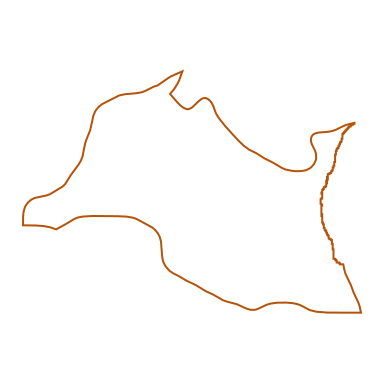 outline of Fundación, Barahona, Dominican Republic
{"feature_id": "3306468B48518895695140", "entity_name": "Fundación", "entity_type": "district", "adm_level": 2, "iso_a3": "DOM", "parent_name": "Dominican Republic", "parent_adm1": "Barahona", "projection": "robinson", "projection_center": [-71.129, 18.263], "detail": "fine", "context": "isolated", "style": "outline", "palette": "amber", "viewbox_px": 384, "rotation_deg": 0, "n_neighbors": 0, "source": "geoboundaries", "source_scale": "gbopen_adm2", "svg_char_len": 3483}
<svg xmlns="http://www.w3.org/2000/svg" viewBox="0 0 384 384"><path d="M56.1,229.4L65.6,224.2L74.0,219.1L77.9,217.5L82.5,216.6L91.9,216.0L117.3,216.2L126.4,216.6L133.0,217.7L136.9,219.1L152.3,227.5L155.3,230.1L157.8,233.2L159.7,236.8L161.0,241.5L162.1,255.9L162.9,260.6L163.7,262.8L165.6,266.4L169.6,270.9L172.9,273.1L179.9,276.7L186.5,280.7L195.6,285.0L205.6,291.1L213.0,294.5L223.1,300.3L227.0,301.6L236.8,304.2L247.0,308.8L250.7,309.8L254.6,309.8L256.5,309.4L259.8,308.0L266.5,304.8L270.6,303.6L277.3,302.7L286.4,302.6L293.1,303.2L297.4,304.1L301.3,305.6L309.8,310.1L316.3,311.7L327.9,312.6L361.0,312.7L359.6,306.2L358.2,302.2L353.8,293.0L350.8,284.9L345.5,273.9L344.3,269.7L343.3,264.3L340.0,264.3L340.0,263.4L339.2,263.4L339.2,262.5L336.7,262.5L336.7,260.6L335.9,260.6L335.9,259.7L335.1,259.7L335.1,258.8L333.5,258.8L333.5,249.4L332.7,249.4L332.7,243.9L331.9,243.9L331.9,240.1L331.1,240.1L331.1,239.2L329.4,239.2L329.4,238.3L328.6,238.3L328.6,235.5L327.8,235.5L327.8,234.6L327.0,234.6L327.0,232.7L326.2,232.7L326.2,230.8L325.4,230.8L325.4,229.9L324.6,229.9L324.6,228.0L323.8,228.0L323.8,224.3L323.0,224.3L323.0,222.5L322.2,222.5L322.2,216.0L321.4,216.0L321.4,215.0L322.2,215.0L322.2,214.1L321.4,214.1L321.4,205.7L322.2,205.7L322.2,204.8L321.4,204.8L321.4,203.8L320.6,203.8L320.6,199.2L321.4,199.2L321.4,198.3L322.2,198.3L322.2,193.6L321.4,193.6L321.4,192.7L322.2,192.7L322.2,189.9L323.0,189.9L323.0,189.0L323.8,189.0L323.8,187.1L325.4,187.1L325.4,186.2L326.2,186.2L326.2,183.4L327.0,183.4L327.0,181.5L326.2,181.5L326.2,180.6L327.0,180.6L327.0,179.7L327.8,179.7L327.8,177.8L327.0,177.8L327.0,176.9L327.8,176.9L327.8,174.1L329.4,174.1L329.4,173.1L331.1,173.1L331.1,171.3L331.9,171.3L331.9,170.4L332.7,170.4L332.7,167.6L333.5,167.6L333.5,165.7L334.3,165.7L334.3,162.0L335.1,162.0L335.1,154.5L335.9,154.5L335.9,150.8L336.7,150.8L336.7,148.9L337.5,148.9L337.5,148.0L338.4,148.0L338.4,146.2L339.2,146.2L339.2,144.3L340.0,144.3L340.0,142.4L340.8,142.4L340.8,141.5L341.6,141.5L341.6,138.7L342.4,138.7L342.4,134.1L343.2,134.1L343.2,133.1L344.0,133.1L344.0,132.2L344.8,132.2L344.8,131.3L345.6,131.3L345.6,130.3L346.5,130.3L346.5,129.4L347.3,129.4L347.3,128.5L348.1,128.5L348.1,127.5L348.9,127.5L348.9,126.6L350.5,126.6L350.5,125.7L351.3,125.7L351.3,124.8L352.9,124.8L352.9,123.8L354.5,123.8L354.5,122.8L346.3,124.9L342.7,126.4L335.8,129.8L332.0,131.1L328.0,131.8L318.4,132.6L315.0,133.5L313.5,134.3L312.2,135.6L311.3,137.3L310.9,139.1L310.9,140.9L311.8,144.2L314.9,150.3L316.0,153.9L316.2,158.1L315.8,160.2L314.1,163.9L311.5,167.0L310.0,168.2L306.3,170.1L304.3,170.6L300.2,171.1L296.0,171.2L291.8,170.8L285.6,169.5L281.8,167.9L273.5,162.9L264.5,158.4L256.3,153.2L249.0,149.6L243.8,145.7L238.9,141.1L232.7,134.4L225.4,126.3L220.4,120.1L218.1,117.0L216.2,113.8L214.9,110.6L213.3,106.0L211.8,103.1L209.9,100.6L207.5,98.8L206.2,98.2L204.7,98.0L203.1,98.3L201.7,98.9L199.2,100.7L192.2,107.4L189.4,108.9L187.8,109.2L186.2,109.0L183.0,107.5L180.1,105.2L175.9,100.7L170.1,94.0L174.4,88.7L177.5,83.7L179.4,79.7L182.4,71.3L170.9,76.4L167.7,78.4L157.7,85.4L153.6,86.7L145.3,90.9L141.6,92.3L135.5,93.3L125.1,94.2L119.1,95.5L103.5,103.4L101.7,104.4L98.7,106.9L96.1,110.0L95.1,111.6L93.4,115.5L90.2,130.2L86.4,139.6L85.1,143.6L82.5,156.6L80.8,160.8L78.5,164.7L70.6,175.4L65.3,183.9L62.7,186.5L50.0,194.2L46.3,195.5L34.6,198.0L31.1,199.8L28.1,202.3L25.7,205.6L24.8,207.5L23.6,211.7L23.1,216.2L23.0,225.3L35.8,225.5L43.3,226.0L50.6,227.4L56.1,229.4Z" fill="none" stroke="#b45309" stroke-width="2"/></svg>